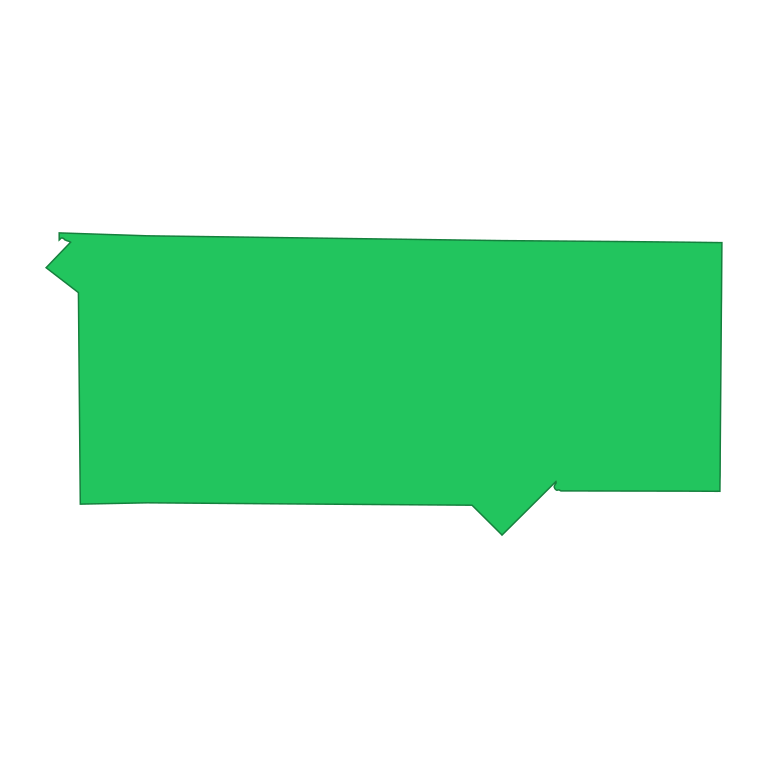 Conesa, Río Negro, Argentina (orthographic projection)
{"feature_id": "61730980B12252554718289", "entity_name": "Conesa", "entity_type": "district", "adm_level": 2, "iso_a3": "ARG", "parent_name": "Argentina", "parent_adm1": "Río Negro", "projection": "orthographic", "projection_center": [-64.29, -40.178], "detail": "fine", "context": "isolated", "style": "filled", "palette": "green", "viewbox_px": 768, "rotation_deg": 0, "n_neighbors": 0, "source": "geoboundaries", "source_scale": "gbopen_adm2", "svg_char_len": 1144}
<svg xmlns="http://www.w3.org/2000/svg" viewBox="0 0 768 768"><path d="M721.9,242.6L721.4,242.6L719.4,242.6L686.3,242.2L628.8,241.6L502.1,240.6L146.5,235.8L59.2,232.9L59.2,240.0L59.9,239.4L60.1,239.1L60.5,238.6L60.8,238.3L61.3,238.1L61.7,238.0L62.1,238.0L62.5,238.1L63.0,238.2L63.4,238.5L63.8,238.7L64.3,239.2L64.6,239.7L65.0,239.9L65.4,240.0L66.0,240.3L66.6,240.6L66.9,240.7L67.5,240.9L67.8,241.0L68.3,241.1L68.8,241.3L69.4,241.5L70.1,241.9L70.6,242.2L46.1,267.7L78.4,292.6L78.5,301.2L80.3,504.1L81.6,504.1L147.3,502.8L289.2,503.9L472.0,505.2L501.3,534.3L502.0,535.1L555.9,481.5L556.1,482.1L556.1,482.5L556.1,483.0L555.8,483.6L555.5,483.9L555.2,484.4L555.0,484.8L554.7,485.2L554.4,485.8L554.3,486.2L554.2,486.6L554.2,487.1L554.6,487.8L554.9,488.7L555.4,489.2L555.9,489.7L556.3,490.0L556.7,490.2L557.3,490.2L558.0,490.0L558.7,489.9L559.2,490.0L559.8,490.2L560.3,490.6L560.6,490.8L561.0,490.9L561.7,490.9L562.1,490.9L563.9,490.9L611.2,491.0L666.6,491.1L679.9,491.1L717.5,491.3L717.5,491.2L719.9,491.3L720.0,480.3L720.1,475.9L720.2,458.9L720.2,455.1L721.4,305.6L721.5,298.5L721.9,242.6Z" fill="#22c55e" stroke="#15803d" stroke-width="1.5"/></svg>